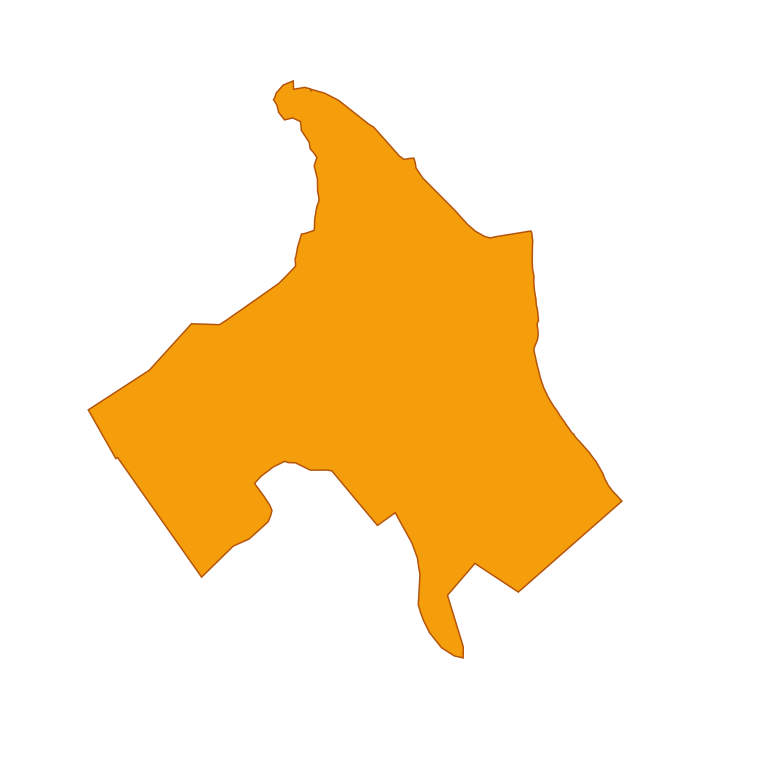 Vide Bouteille, Castries, Saint Lucia, rotated 112°
{"feature_id": "8701671B48766638933033", "entity_name": "Vide Bouteille", "entity_type": "district", "adm_level": 2, "iso_a3": "LCA", "parent_name": "Saint Lucia", "parent_adm1": "Castries", "projection": "mercator", "projection_center": [-60.981, 14.025], "detail": "fine", "context": "isolated", "style": "filled", "palette": "amber", "viewbox_px": 768, "rotation_deg": 112, "n_neighbors": 0, "source": "geoboundaries", "source_scale": "gbopen_adm2", "svg_char_len": 3075}
<svg xmlns="http://www.w3.org/2000/svg" viewBox="0 0 768 768"><g transform="rotate(112 384 384)"><path d="M517.6,337.1L508.5,331.3L499.1,325.4L509.3,312.9L521.1,298.4L530.4,290.0L532.8,287.8L539.0,284.3L547.2,279.3L576.1,269.4L578.5,267.4L582.3,264.4L587.1,260.0L588.5,258.7L590.1,256.9L597.4,248.8L607.0,231.8L609.0,221.2L609.8,216.9L609.6,216.0L608.3,208.0L598.1,212.0L595.8,213.8L556.1,246.0L516.3,232.5L526.6,181.5L403.4,119.5L402.5,121.7L400.4,125.9L398.5,130.1L397.3,132.7L396.8,133.5L395.3,135.8L394.3,137.8L393.3,138.8L391.6,140.9L390.2,142.7L389.3,143.6L387.0,145.8L384.9,147.6L382.3,151.0L380.3,153.5L378.6,155.8L376.5,158.3L375.1,160.7L373.9,162.8L371.9,166.0L370.5,168.1L368.8,171.6L367.6,174.1L366.0,177.2L364.9,179.5L363.6,182.0L363.0,183.7L362.1,185.4L361.3,187.0L360.4,188.1L359.5,189.2L359.0,191.3L357.6,193.4L356.8,194.7L355.8,196.0L355.4,196.8L354.4,198.3L353.6,199.6L353.2,200.3L351.5,202.4L350.1,205.0L349.5,205.8L348.7,207.1L347.9,208.2L347.5,209.0L346.0,210.9L344.0,213.7L342.6,215.8L342.0,216.9L341.5,217.8L341.0,218.5L339.4,220.7L337.6,223.1L336.2,224.9L334.5,227.0L333.6,228.1L332.8,229.0L332.0,229.7L331.0,230.9L329.8,232.1L328.7,233.4L326.3,235.7L322.7,238.8L320.4,240.8L319.8,241.3L318.7,242.1L317.3,243.1L315.0,244.7L311.8,247.1L308.3,249.7L304.1,252.5L301.7,254.1L300.8,254.8L297.1,257.3L294.6,258.3L289.6,258.3L286.5,258.3L284.2,258.5L279.6,259.9L275.5,261.9L273.0,263.5L270.7,264.7L267.5,264.4L264.2,266.1L259.1,268.7L253.5,272.5L248.1,275.1L245.6,276.7L239.7,280.2L233.8,283.1L227.7,285.4L225.6,286.8L221.6,289.4L218.5,290.8L214.0,292.8L205.0,296.3L200.5,298.0L195.3,299.8L191.6,302.0L188.8,303.4L187.1,305.1L205.4,335.3L208.8,340.3L209.5,345.9L208.1,356.6L204.7,366.5L196.4,383.5L178.5,425.3L171.7,435.2L166.9,438.1L163.4,440.9L165.5,445.2L168.2,449.4L166.9,455.1L149.7,489.8L149.0,494.8L138.0,532.4L136.6,548.0L138.0,561.4L139.3,561.5L137.9,562.7L138.7,568.7L144.6,578.2L137.0,581.7L144.6,589.5L145.3,589.7L147.2,590.4L154.6,592.9L159.7,592.6L161.8,593.0L162.2,592.3L164.6,589.0L166.0,587.4L167.9,586.0L170.8,584.0L171.7,583.3L176.4,575.2L171.5,568.3L171.6,566.8L172.0,559.8L175.8,557.6L179.8,555.7L183.4,550.5L184.0,549.6L188.0,543.9L193.7,540.4L195.6,536.4L199.0,531.1L207.7,530.5L214.5,525.7L218.9,522.5L228.7,518.4L230.4,517.6L235.8,514.1L239.2,512.8L244.0,512.8L249.0,511.8L256.8,510.1L267.6,506.2L272.2,511.5L272.7,512.1L273.4,512.8L275.9,516.7L289.3,515.4L298.1,513.6L298.9,513.4L300.9,513.4L307.8,510.1L321.2,515.4L325.6,517.3L329.0,518.7L331.1,519.8L332.3,520.6L383.7,553.9L389.8,558.2L390.6,558.7L400.3,585.1L401.2,585.4L426.9,594.9L459.2,606.8L518.8,648.5L553.6,604.7L552.0,603.4L631.4,480.8L593.6,464.3L592.6,463.9L590.4,462.8L585.0,457.5L578.2,451.0L555.8,440.1L555.0,439.8L548.3,439.8L543.2,440.5L539.1,444.6L534.5,451.2L533.5,452.6L530.4,457.6L524.7,466.8L516.6,463.8L515.7,463.5L505.1,457.2L502.4,455.6L497.0,450.8L492.8,447.0L492.8,444.4L492.4,442.2L490.2,436.5L490.4,434.5L490.5,432.8L490.6,431.2L491.5,420.1L490.4,417.4L485.0,404.2L484.1,399.8L517.6,337.1Z" fill="#f59e0b" stroke="#b45309" stroke-width="1.5"/></g></svg>